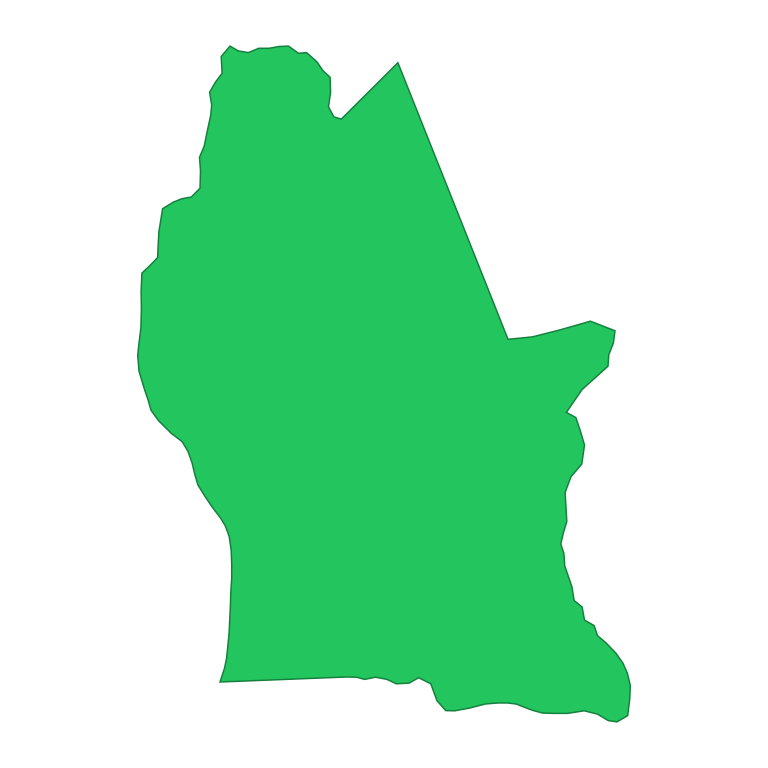 São Francisco do Conde, Bahia, Brazil (Equal Earth projection)
{"feature_id": "56859067B62288498634856", "entity_name": "São Francisco do Conde", "entity_type": "district", "adm_level": 2, "iso_a3": "BRA", "parent_name": "Brazil", "parent_adm1": "Bahia", "projection": "equal_earth", "projection_center": [-38.631, -12.644], "detail": "fine", "context": "isolated", "style": "filled", "palette": "green", "viewbox_px": 768, "rotation_deg": 0, "n_neighbors": 0, "source": "geoboundaries", "source_scale": "gbopen_adm2", "svg_char_len": 1698}
<svg xmlns="http://www.w3.org/2000/svg" viewBox="0 0 768 768"><path d="M558.8,330.2L532.2,336.9L508.0,339.3L490.2,294.4L397.9,62.7L341.3,119.1L333.9,116.9L328.5,106.9L330.6,92.3L330.1,77.3L323.0,70.7L316.9,61.8L306.5,52.6L298.5,53.3L288.5,46.1L278.9,46.5L269.1,48.3L258.7,48.3L248.3,52.6L238.3,50.9L230.0,46.1L221.2,56.5L222.1,73.3L215.3,82.3L209.6,92.3L211.7,105.2L210.7,115.4L207.5,130.0L204.2,146.2L199.5,157.3L200.5,170.8L200.0,188.2L191.3,197.0L182.0,198.7L173.5,202.0L162.6,208.7L158.9,231.6L158.1,246.2L157.6,257.6L149.6,265.9L141.9,273.1L141.1,291.6L141.4,309.0L140.9,327.6L138.8,344.8L137.7,355.5L139.0,371.2L144.3,388.8L148.0,399.7L151.0,410.2L158.7,420.9L171.2,433.3L182.1,441.6L187.9,451.2L192.1,463.0L194.7,474.1L198.0,485.2L205.4,497.0L212.1,507.0L220.3,517.7L225.5,526.2L229.2,536.6L231.2,550.2L231.7,564.5L231.7,578.7L230.8,592.2L230.4,606.0L229.6,622.3L229.1,633.0L227.8,646.3L226.6,658.1L224.5,668.3L220.0,682.0L346.4,677.0L356.4,677.2L364.7,679.4L375.5,677.2L387.0,679.4L396.3,683.8L409.2,683.1L418.6,677.7L430.8,683.8L436.9,700.6L445.7,710.6L454.9,710.8L469.8,708.0L485.2,704.0L497.7,703.0L507.7,703.0L516.0,704.0L531.8,710.1L542.2,713.0L553.4,713.4L567.5,713.4L584.2,710.8L597.4,714.1L608.3,720.6L617.0,721.9L627.7,715.6L629.8,698.4L630.3,685.5L627.4,673.3L622.9,663.1L616.2,653.5L606.5,643.4L597.5,635.6L594.1,625.6L584.5,620.1L582.1,607.0L574.1,600.5L572.0,587.0L568.0,575.4L564.7,565.8L563.9,553.4L560.8,544.0L563.4,532.7L566.8,521.6L565.9,505.9L565.1,492.6L570.9,476.9L581.8,464.0L584.5,445.1L580.9,432.6L575.9,417.6L566.4,412.4L582.1,389.5L608.0,366.2L608.8,354.8L613.4,343.0L615.0,330.8L590.4,321.2L558.8,330.2Z" fill="#22c55e" stroke="#15803d" stroke-width="1.5"/></svg>